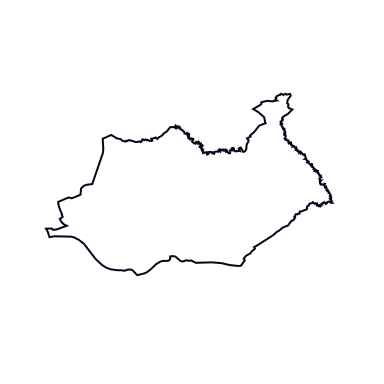 Benchalak, Si Sa Ket, Thailand (Robinson projection), rotated 140°
{"feature_id": "78962969B60458593570570", "entity_name": "Benchalak", "entity_type": "district", "adm_level": 2, "iso_a3": "THA", "parent_name": "Thailand", "parent_adm1": "Si Sa Ket", "projection": "robinson", "projection_center": [104.649, 14.787], "detail": "fine", "context": "isolated", "style": "outline", "palette": "ink", "viewbox_px": 384, "rotation_deg": 140, "n_neighbors": 0, "source": "geoboundaries", "source_scale": "gbopen_adm2", "svg_char_len": 5917}
<svg xmlns="http://www.w3.org/2000/svg" viewBox="0 0 384 384"><g transform="rotate(140 192 192)"><path d="M287.4,163.5L280.9,160.3L278.0,159.5L273.2,159.3L266.1,159.8L261.3,159.1L259.0,158.2L254.4,154.5L252.1,154.5L250.1,156.7L248.1,155.4L246.2,153.2L245.4,147.6L244.5,145.5L243.7,144.7L240.2,143.3L238.6,141.3L236.7,140.2L234.6,135.3L222.2,125.5L215.1,118.5L210.0,111.7L203.9,105.4L201.9,104.1L195.5,105.7L195.2,107.8L191.3,108.4L186.9,107.5L184.1,108.1L180.3,108.1L179.8,109.9L177.4,109.3L157.2,106.7L153.0,107.0L150.2,106.4L145.2,106.4L140.0,104.6L134.9,105.9L133.7,105.8L133.2,105.3L132.6,105.6L130.9,105.4L130.1,106.4L129.5,106.3L129.6,107.0L128.9,106.9L128.3,107.8L126.6,108.2L125.8,107.1L124.6,107.3L123.6,106.3L122.0,107.8L121.5,107.1L115.5,105.1L114.6,105.2L113.9,106.3L112.4,107.1L111.5,106.5L109.6,107.5L106.7,106.2L106.1,106.5L105.8,104.9L105.0,104.2L105.6,104.3L105.5,103.9L103.8,103.0L103.7,102.3L104.8,101.8L105.0,101.2L104.4,100.9L104.1,99.9L103.6,100.3L102.9,100.0L102.9,99.1L102.4,99.5L102.0,98.6L101.4,99.0L101.5,99.6L100.2,99.7L99.9,98.7L98.9,99.4L97.4,99.4L97.5,98.7L96.6,97.7L97.0,96.8L96.0,96.7L94.7,97.3L93.2,96.6L92.8,94.9L91.7,93.8L91.9,95.5L90.8,95.1L90.8,96.2L90.4,96.6L90.9,96.9L90.7,98.2L89.8,97.8L89.2,98.6L89.2,99.5L88.4,99.0L88.2,99.5L88.6,100.5L87.6,101.0L87.8,102.3L87.4,102.8L87.7,103.3L87.1,103.3L87.0,103.7L87.6,105.9L86.9,105.5L86.6,106.4L87.2,109.0L86.0,109.2L85.7,110.0L87.1,110.2L86.2,112.5L85.0,112.7L85.3,113.3L86.9,113.1L87.4,114.2L88.5,114.8L88.5,115.9L88.0,116.1L88.1,116.7L87.4,117.5L86.3,117.7L87.1,118.0L87.1,118.5L85.9,119.1L86.0,120.0L85.6,119.9L84.6,120.6L83.5,120.3L83.6,120.9L82.8,121.6L83.7,122.4L83.2,122.7L83.5,123.5L83.1,124.1L83.5,125.5L82.7,125.8L82.6,127.1L82.1,127.4L82.6,128.0L84.0,127.9L84.0,128.3L82.9,128.9L83.1,129.5L83.5,129.6L83.6,129.0L84.7,129.7L83.4,130.7L84.1,131.4L83.5,131.8L83.1,133.1L83.8,133.6L83.5,134.1L84.0,134.8L83.9,136.2L82.6,135.6L82.1,136.1L82.7,136.8L83.5,136.6L83.3,137.2L83.9,137.6L83.9,139.2L84.9,140.8L83.9,141.2L83.2,140.9L83.8,143.0L83.3,143.9L84.1,144.7L83.3,144.6L82.7,145.3L81.6,148.1L82.3,148.1L82.1,149.1L83.0,149.5L82.8,151.5L84.1,151.6L83.8,152.5L83.2,152.6L82.9,153.4L83.6,153.8L84.5,153.6L84.1,154.2L85.0,155.2L84.9,155.8L84.2,155.3L84.1,156.5L85.4,157.6L84.6,158.1L84.1,157.8L83.6,159.1L84.5,159.1L84.4,159.7L84.7,159.9L84.3,160.9L84.8,161.8L85.5,162.0L84.9,162.3L85.3,162.8L84.9,165.5L84.3,166.4L85.1,166.9L85.7,166.1L85.6,167.4L86.6,167.3L86.3,168.2L85.0,169.5L86.9,171.8L86.8,172.2L86.4,171.8L85.9,172.0L86.7,173.4L84.3,174.4L83.9,175.1L84.1,175.7L83.5,176.3L84.5,176.6L83.8,177.6L82.9,177.4L82.4,178.5L81.8,178.4L81.8,179.9L80.6,180.7L80.8,181.6L81.7,181.7L81.4,182.9L80.9,183.2L80.8,185.4L79.8,185.9L80.4,186.3L80.6,187.1L80.2,187.3L79.7,186.3L79.2,186.4L79.7,187.2L78.9,189.0L78.4,188.9L78.2,188.3L77.5,188.7L76.7,188.5L75.5,189.4L75.5,189.8L76.1,189.3L76.3,189.6L75.5,190.7L74.0,191.1L68.1,190.2L62.1,190.7L63.8,193.9L63.7,195.6L62.3,196.5L61.7,197.6L62.1,198.7L59.5,201.1L54.5,202.3L53.8,204.1L56.9,205.8L57.0,207.0L59.4,207.5L60.7,210.0L61.8,209.7L62.1,210.1L62.6,210.0L64.8,210.9L66.3,210.7L67.0,210.0L67.4,210.2L67.6,209.0L68.1,208.4L68.9,208.7L68.5,207.7L70.3,208.9L71.8,209.4L76.0,213.6L81.0,216.1L81.5,216.1L82.0,215.0L83.1,214.7L91.8,216.2L89.8,210.2L88.7,202.8L90.9,198.8L91.3,197.4L97.7,199.6L106.0,198.0L111.3,197.9L111.5,196.8L115.4,197.7L115.4,195.3L116.2,194.5L119.6,193.2L123.1,189.8L124.8,189.2L126.9,189.6L127.2,190.7L126.6,191.6L126.1,194.7L126.6,195.1L128.3,195.1L128.2,194.3L129.0,192.6L129.7,193.8L130.8,193.8L131.5,194.8L132.6,195.1L133.1,196.9L132.2,197.7L132.0,199.4L133.5,200.0L134.5,198.3L134.9,198.9L135.4,198.9L136.0,199.4L136.7,198.3L138.1,197.3L139.1,198.6L138.7,200.0L139.6,200.5L138.5,201.5L138.9,203.0L139.3,203.2L139.8,201.9L140.2,201.8L140.2,202.9L141.4,203.5L141.0,204.7L142.0,205.0L142.7,206.1L143.3,206.0L143.7,205.0L144.2,204.8L143.8,207.1L144.4,207.2L144.9,206.8L144.9,205.6L146.4,206.2L147.4,207.5L149.6,208.5L150.1,207.2L150.5,207.0L150.8,207.4L150.6,208.6L151.7,208.9L151.4,210.1L152.5,211.3L153.3,211.7L154.1,210.8L155.3,210.6L156.5,211.1L156.3,211.6L155.0,212.4L154.9,213.0L158.3,214.6L157.7,215.1L158.0,216.0L156.8,216.7L157.6,217.2L157.4,218.4L156.3,218.5L156.9,220.7L156.0,220.3L153.9,220.7L154.1,221.5L155.6,222.2L154.5,222.5L154.0,223.5L155.0,223.7L154.7,225.8L156.0,224.9L156.5,225.0L156.6,226.3L156.0,226.9L156.4,227.7L157.8,227.7L158.5,227.0L159.2,228.0L159.5,230.8L157.3,231.3L156.9,231.9L157.8,233.1L159.4,233.3L159.8,233.8L158.9,234.3L160.1,235.5L158.7,236.4L159.5,237.2L159.0,238.4L158.1,237.5L157.2,237.8L156.9,238.5L157.0,238.9L158.0,239.1L157.9,240.6L159.4,240.5L160.0,241.5L160.0,242.2L159.3,243.2L159.8,244.8L159.5,245.8L160.6,247.7L159.8,248.8L159.7,250.2L160.1,250.4L161.7,249.3L160.6,251.3L161.3,251.6L162.7,251.2L161.7,252.9L161.8,253.4L163.7,252.2L164.3,253.7L165.8,254.4L166.1,255.2L167.0,255.7L172.3,254.6L176.0,255.0L178.8,254.5L182.7,255.2L184.6,255.0L184.8,257.2L186.9,257.7L188.8,259.0L189.5,256.9L190.5,257.3L190.9,258.1L191.9,258.6L192.1,259.9L192.6,260.6L193.5,260.8L193.6,261.9L194.9,262.2L195.8,264.0L196.7,264.2L197.2,263.3L199.2,263.2L199.5,264.3L202.1,265.7L203.5,267.0L204.5,269.2L206.3,271.2L206.4,272.0L207.6,272.6L208.6,272.4L209.3,273.5L210.2,273.3L210.8,273.6L210.9,274.3L212.4,275.6L212.6,278.2L215.1,281.5L217.2,287.6L226.2,290.2L232.6,281.6L235.3,279.1L263.3,262.2L268.3,265.4L271.3,266.3L274.8,265.9L279.2,261.6L286.4,263.8L288.5,264.8L289.9,267.0L291.5,267.6L300.8,270.4L302.0,269.0L304.6,263.1L305.8,258.5L306.4,258.3L307.1,256.0L310.6,256.4L311.3,252.4L311.0,249.8L309.6,246.6L319.9,250.4L322.8,252.3L322.7,253.7L323.6,254.7L327.4,257.7L328.2,253.8L330.2,249.1L325.6,246.3L313.3,235.5L311.5,233.0L309.5,228.3L308.1,221.5L308.9,202.8L307.9,194.1L306.3,189.1L303.9,184.9L299.3,179.9L296.5,177.6L294.6,175.2L291.5,174.0L288.8,172.1L287.8,170.0L287.4,163.5Z" fill="none" stroke="#020617" stroke-width="2"/></g></svg>